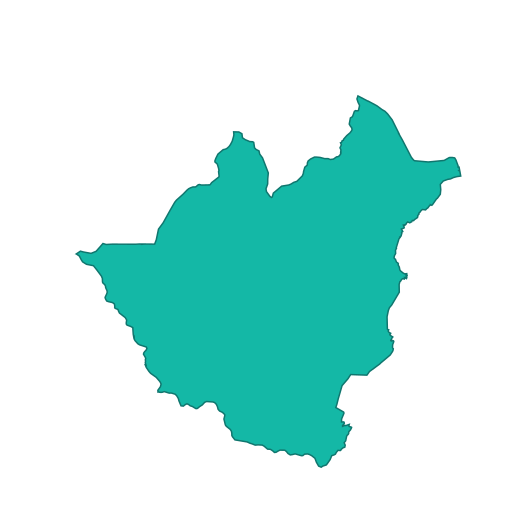 the district of Empat Lawang, Sumatera Selatan, Indonesia, rotated 17°
{"feature_id": "22746128B47089116764549", "entity_name": "Empat Lawang", "entity_type": "district", "adm_level": 2, "iso_a3": "IDN", "parent_name": "Indonesia", "parent_adm1": "Sumatera Selatan", "projection": "albers", "projection_center": [102.962, -3.717], "detail": "fine", "context": "isolated", "style": "filled", "palette": "teal", "viewbox_px": 512, "rotation_deg": 17, "n_neighbors": 0, "source": "geoboundaries", "source_scale": "gbopen_adm2", "svg_char_len": 6101}
<svg xmlns="http://www.w3.org/2000/svg" viewBox="0 0 512 512"><g transform="rotate(17 256 256)"><path d="M317.9,75.2L306.7,73.1L306.6,76.3L308.9,79.5L310.8,81.4L311.1,82.4L311.4,87.0L310.1,87.7L308.6,87.9L307.8,88.9L307.6,93.5L307.4,94.7L305.9,96.4L306.6,102.6L308.3,104.2L310.1,105.5L310.9,107.1L310.8,108.2L309.9,110.7L307.6,114.3L305.7,118.5L305.7,119.8L304.7,120.5L304.6,122.3L303.7,123.0L305.1,124.7L304.7,128.0L306.2,129.7L306.7,132.3L306.9,132.2L307.2,133.5L306.4,135.8L305.3,137.1L304.1,137.6L303.6,138.2L301.7,140.7L298.8,142.0L296.5,141.8L293.3,142.8L288.4,143.0L284.6,143.8L283.0,144.3L279.9,147.2L278.1,149.8L277.9,152.0L278.3,153.3L278.3,154.4L276.9,156.4L276.7,157.0L276.8,161.5L277.1,163.1L276.9,165.8L273.2,172.7L270.6,174.5L268.5,176.9L266.6,178.5L260.1,181.7L254.2,190.8L254.3,194.7L253.7,195.5L252.0,195.0L247.2,191.4L245.9,188.8L246.1,183.7L244.7,178.9L243.5,173.0L233.5,160.2L229.8,157.5L228.1,154.6L225.0,154.1L223.0,153.0L220.6,148.0L219.4,147.7L216.5,148.4L214.9,148.2L211.7,147.9L208.5,146.9L206.8,143.2L203.4,142.4L198.3,143.8L199.4,146.5L199.6,148.4L199.7,153.2L199.0,156.8L198.2,159.2L196.9,161.4L195.5,162.8L193.5,163.9L189.8,169.7L189.0,174.6L188.9,177.2L189.4,178.2L191.6,179.1L192.4,179.8L194.5,183.0L195.6,185.1L195.5,186.2L197.2,190.0L197.4,190.7L197.3,191.4L192.1,198.8L191.4,200.9L191.0,201.5L183.1,204.1L180.9,204.2L179.9,204.8L178.3,207.3L177.6,207.8L175.5,208.4L173.5,209.9L172.0,211.3L170.8,213.1L168.2,218.2L163.6,225.8L162.6,228.3L160.7,236.5L157.5,251.4L154.9,258.8L155.9,269.7L155.6,274.3L143.0,278.0L143.4,278.2L142.9,278.4L142.2,278.3L140.5,278.8L137.3,280.0L115.1,286.7L109.3,288.8L106.0,288.8L101.7,298.3L97.5,301.7L89.9,302.6L86.7,302.7L83.6,306.5L84.3,306.5L83.7,306.6L87.1,307.7L90.0,310.7L91.9,312.3L96.3,313.5L103.4,312.8L107.9,315.9L114.0,320.4L115.6,322.3L116.8,325.7L117.4,326.5L119.8,327.7L121.0,329.0L121.4,330.1L122.3,331.2L123.6,332.6L124.3,334.1L124.3,335.8L123.8,339.5L123.9,340.0L124.7,341.1L126.4,342.7L128.1,342.8L132.3,342.5L134.5,343.2L135.6,345.2L135.8,346.3L136.5,347.2L139.6,347.5L140.7,349.0L142.1,350.5L148.9,353.1L151.0,355.0L151.5,358.1L152.0,359.2L152.9,359.8L156.7,360.0L159.1,360.5L161.5,366.8L162.8,369.3L163.0,368.6L163.2,368.9L163.9,371.2L165.2,372.4L168.7,374.5L170.7,375.0L177.7,375.1L178.7,376.2L178.4,378.3L177.5,379.9L177.0,381.6L177.1,382.8L179.6,385.1L180.5,386.2L180.5,387.5L181.2,389.1L181.3,390.4L182.8,392.6L182.0,392.6L183.7,394.7L187.3,397.6L189.5,399.0L196.1,401.2L200.8,404.2L202.3,405.7L202.7,406.4L202.8,409.0L201.4,413.1L202.0,414.6L202.3,414.3L203.0,414.6L205.0,414.2L206.2,413.7L207.9,412.5L213.0,412.5L215.2,411.8L219.1,411.8L221.0,412.8L223.4,415.0L224.7,417.1L228.1,421.2L230.4,420.8L231.8,418.8L233.2,417.5L235.2,417.8L236.9,418.5L239.1,418.5L243.0,419.5L244.1,419.2L244.7,418.7L246.2,416.4L248.2,414.1L249.7,410.9L251.3,409.6L257.4,408.2L258.8,408.2L260.5,408.8L261.9,409.9L263.2,411.4L264.6,413.7L266.5,414.9L269.4,415.3L271.2,416.1L272.5,416.9L272.8,417.7L273.0,421.3L275.9,426.2L276.5,426.9L277.6,427.6L281.9,429.3L283.1,430.2L283.7,430.8L284.6,432.4L285.4,434.7L286.3,435.7L289.6,438.0L301.9,436.4L304.9,436.8L307.3,436.8L310.5,437.1L313.2,436.0L317.3,435.0L319.4,435.5L323.5,437.3L326.1,436.7L327.3,436.9L329.8,437.8L331.0,438.5L331.4,438.2L332.4,438.0L334.7,435.5L335.8,434.6L340.3,433.3L342.3,434.1L344.3,435.5L346.9,436.2L348.8,435.3L351.3,433.8L357.8,433.7L359.1,433.2L360.4,431.3L363.2,430.2L363.6,430.2L365.2,430.2L367.7,430.7L371.5,432.2L374.1,435.6L377.3,438.6L380.1,438.9L381.3,437.4L384.4,435.2L386.4,429.1L386.8,424.8L389.0,423.2L389.9,422.2L390.2,420.4L391.2,417.9L393.5,417.4L394.0,416.6L394.0,416.0L395.4,413.9L396.8,412.9L396.6,410.8L394.9,408.8L395.8,406.5L395.4,402.2L395.5,400.9L396.2,399.9L396.5,398.8L396.1,397.0L397.2,394.6L397.6,392.1L397.4,391.8L394.9,391.8L394.4,390.9L394.4,389.8L391.8,391.7L390.3,392.2L388.6,393.6L388.3,392.7L388.9,391.8L389.4,390.3L389.1,389.6L388.5,389.0L386.3,389.7L385.5,386.8L386.1,380.6L386.3,380.8L385.4,379.6L376.6,377.6L376.7,374.3L376.4,368.6L376.2,354.8L379.8,346.6L381.2,341.7L396.9,337.5L398.3,333.3L405.9,323.1L406.5,321.9L413.3,311.4L414.5,307.3L414.6,306.0L414.4,304.5L413.6,304.1L413.3,303.6L412.6,300.9L412.8,297.6L412.4,297.0L412.2,296.9L411.7,297.0L410.6,297.6L410.1,297.7L409.6,297.5L409.5,297.0L410.0,296.6L410.1,296.3L409.8,295.1L410.5,293.7L410.3,293.2L409.7,293.3L407.7,292.6L407.0,292.1L406.9,291.8L407.5,290.8L407.4,290.5L405.6,290.2L404.3,289.1L404.5,287.8L403.5,287.7L403.0,287.5L399.1,275.8L398.5,269.5L398.7,266.5L400.1,263.2L403.6,248.7L401.2,241.4L401.1,238.5L401.7,237.6L402.0,236.2L402.8,234.8L403.4,234.5L404.2,234.8L404.6,234.7L404.6,233.9L404.7,233.5L404.4,233.1L404.9,233.0L405.9,233.5L406.5,233.6L406.5,232.3L406.1,231.7L405.7,231.9L405.7,231.0L405.0,230.4L405.1,230.2L405.7,230.5L406.2,230.5L406.2,230.2L405.5,229.6L405.3,228.8L403.4,229.6L401.8,229.3L398.6,228.0L397.6,227.2L396.3,224.7L394.5,222.9L394.4,221.9L393.9,221.3L392.2,220.8L390.8,219.1L390.4,218.4L389.0,217.9L388.5,217.2L388.3,215.2L388.8,212.8L387.7,209.7L388.1,207.6L387.7,207.2L387.7,197.8L388.4,196.0L388.0,195.8L388.9,194.5L388.8,191.5L388.4,191.1L388.4,190.6L389.2,189.7L388.2,188.6L387.4,188.2L387.1,187.6L389.0,186.3L389.5,185.7L388.2,183.7L388.8,183.8L389.3,183.1L388.4,183.3L388.5,182.9L389.2,182.7L390.1,181.8L390.4,180.3L391.1,179.1L393.4,179.3L393.9,178.6L394.9,177.8L395.1,176.3L396.4,176.1L396.9,174.9L399.2,172.0L399.1,170.7L398.8,170.2L399.6,168.3L399.2,167.5L400.1,165.9L400.5,164.5L401.5,162.9L404.7,162.3L405.4,160.8L406.3,159.7L407.0,157.6L407.8,156.5L407.7,155.9L409.3,156.1L409.8,155.2L411.9,148.7L412.6,147.7L414.2,143.1L413.3,138.6L411.3,133.6L413.2,129.5L416.9,126.7L419.5,125.4L421.8,123.3L424.8,121.4L428.4,119.7L426.2,115.4L425.1,115.0L425.7,114.5L424.4,112.0L424.4,111.6L424.3,111.8L424.2,111.6L423.3,111.9L422.9,110.7L419.1,105.7L417.3,104.1L414.9,104.4L412.1,105.3L408.0,109.6L393.3,115.7L380.0,118.5L378.8,118.3L375.6,116.1L362.0,102.2L356.8,97.3L357.0,97.2L346.4,86.0L340.4,81.7L337.0,79.9L333.6,79.1L327.7,77.0L318.2,75.1L318.4,74.7L317.9,75.2Z" fill="#14b8a6" stroke="#0f766e" stroke-width="1.5"/></g></svg>